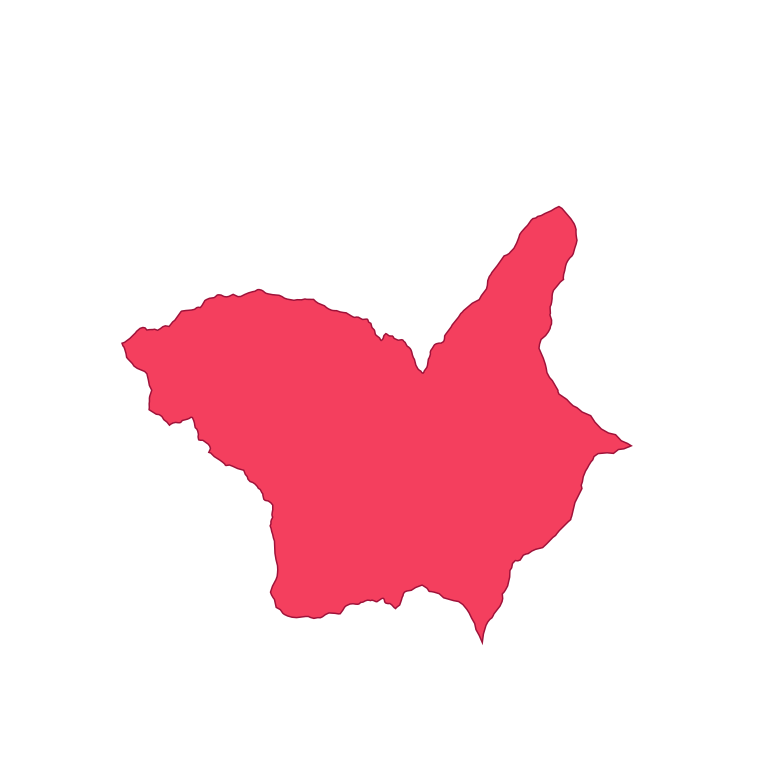 Lauri, Samdrup Jongkhar, Bhutan (Natural Earth projection), rotated 35°
{"feature_id": "84629894B60450500664281", "entity_name": "Lauri", "entity_type": "district", "adm_level": 2, "iso_a3": "BTN", "parent_name": "Bhutan", "parent_adm1": "Samdrup Jongkhar", "projection": "natural_earth1", "projection_center": [91.92, 27.142], "detail": "fine", "context": "isolated", "style": "filled", "palette": "rose", "viewbox_px": 768, "rotation_deg": 35, "n_neighbors": 0, "source": "geoboundaries", "source_scale": "gbopen_adm2", "svg_char_len": 6170}
<svg xmlns="http://www.w3.org/2000/svg" viewBox="0 0 768 768"><g transform="rotate(35 384 384)"><path d="M146.0,500.9L148.3,502.5L149.6,502.8L151.3,503.9L155.3,507.1L157.9,509.8L160.1,510.4L166.2,511.6L168.9,512.7L172.9,512.7L180.8,511.0L183.9,511.6L188.5,515.7L192.7,519.8L197.3,522.3L199.2,528.6L200.0,530.2L201.8,532.7L203.0,534.9L205.2,537.8L206.3,539.8L214.7,539.4L217.5,538.0L220.7,538.0L224.1,539.5L228.1,539.7L231.9,540.8L232.3,539.3L233.5,537.0L235.3,535.0L237.6,533.8L239.1,532.7L239.6,531.6L239.7,529.6L243.1,525.6L244.2,523.9L245.0,521.9L246.3,521.4L249.1,523.1L251.1,524.7L252.6,526.3L254.4,528.0L256.5,528.3L258.3,529.3L260.8,531.6L262.0,533.9L263.6,535.5L264.3,536.0L265.8,535.4L267.9,534.0L274.5,534.1L276.7,534.8L278.7,536.2L279.1,537.3L279.7,540.5L281.6,539.9L286.6,540.8L293.4,540.5L296.9,540.6L299.5,540.9L300.3,541.4L301.3,541.4L303.9,539.0L307.1,538.2L312.6,537.2L318.6,535.1L322.3,537.6L325.1,538.3L327.2,540.0L330.2,540.7L333.2,539.9L335.7,539.9L339.0,540.6L340.9,541.5L343.2,541.4L346.3,543.1L347.6,543.4L348.7,544.7L351.6,547.3L353.4,547.5L356.3,546.2L359.4,546.2L362.3,547.0L365.0,550.8L366.2,553.5L367.1,555.2L368.1,556.3L369.1,556.8L369.5,558.1L369.6,559.6L370.3,561.6L371.6,563.4L372.1,565.5L374.5,567.2L376.7,569.3L379.0,571.0L381.8,573.6L384.3,575.4L391.8,585.2L396.2,589.7L401.0,593.9L403.5,597.1L405.1,599.7L406.8,602.8L407.7,606.1L408.6,613.5L410.4,619.6L412.7,621.2L415.7,622.6L417.8,623.3L423.8,628.8L428.5,628.3L432.6,629.8L434.5,629.9L438.1,629.3L442.4,627.8L446.4,625.5L453.1,619.4L455.4,617.8L457.7,617.4L461.0,616.2L463.6,613.5L466.0,611.9L467.1,610.0L468.3,606.4L470.0,603.4L470.7,602.8L475.5,599.9L478.6,598.4L479.9,597.3L480.0,592.5L479.8,590.5L479.8,588.8L480.3,587.2L482.3,583.8L484.6,581.8L487.2,580.5L488.9,579.4L489.6,578.6L490.0,577.6L490.1,576.2L490.7,575.9L492.0,574.5L493.1,572.3L494.5,570.5L496.0,569.6L497.0,569.3L498.2,567.9L499.7,567.4L502.2,566.9L503.1,566.4L505.2,561.0L506.1,560.1L506.8,560.0L508.0,560.5L509.0,561.6L510.1,562.3L511.3,562.4L513.2,561.6L514.8,560.4L517.2,560.5L520.5,561.3L522.3,561.3L522.4,559.9L523.6,556.0L522.3,551.4L521.2,548.2L521.0,546.5L520.3,545.1L520.1,543.1L520.5,541.9L521.6,540.3L524.7,537.3L526.6,532.6L530.2,527.3L530.9,526.8L536.2,526.6L537.6,527.0L539.4,527.9L540.7,527.7L541.4,527.1L544.3,525.8L549.5,524.1L555.5,524.9L565.3,521.5L569.9,519.4L575.1,519.4L581.2,521.1L585.1,522.7L590.0,525.5L595.7,528.2L600.2,532.4L606.3,535.4L612.8,539.4L608.8,531.7L606.0,523.3L605.5,519.4L605.7,516.1L606.5,513.7L606.3,511.2L605.9,509.2L606.4,499.4L605.5,494.5L604.3,491.7L601.3,488.1L601.7,485.4L601.6,482.7L601.1,478.5L597.7,470.1L594.1,464.5L594.0,461.3L592.2,457.3L592.8,453.3L594.6,452.4L595.3,451.8L596.0,450.7L596.5,450.2L596.3,444.3L597.8,441.9L599.4,440.2L601.0,435.9L603.0,432.5L607.8,427.0L608.9,421.8L610.3,412.9L611.4,409.6L611.4,407.2L611.7,403.4L613.9,391.2L614.7,388.0L614.2,386.9L613.5,384.4L608.4,371.6L606.1,356.1L603.6,353.8L602.6,350.3L600.4,345.7L599.0,339.7L598.8,336.1L598.4,332.9L598.2,329.1L598.5,326.3L597.6,323.0L599.3,318.2L606.2,312.4L611.8,309.2L613.6,303.2L617.7,299.5L622.0,292.8L618.0,293.0L610.9,294.4L602.8,292.7L596.0,295.4L587.8,296.2L578.7,294.3L571.5,291.4L562.4,293.3L555.6,292.7L551.4,293.4L547.2,292.8L542.6,291.8L533.1,291.9L531.0,290.6L530.1,289.4L520.0,284.7L515.8,283.7L510.9,281.2L508.1,278.3L504.9,275.4L499.8,271.6L490.5,265.9L488.6,262.2L487.1,257.4L488.6,251.6L488.7,246.9L488.2,243.2L487.2,241.1L486.8,238.8L484.6,235.5L480.2,232.2L479.8,230.7L476.7,226.8L475.7,225.3L475.4,223.3L474.5,221.1L472.8,217.8L471.3,215.6L470.0,213.1L469.1,210.0L469.7,203.0L469.9,199.5L470.6,196.8L471.1,195.4L470.0,194.3L468.3,191.2L467.0,187.5L465.1,183.3L464.2,180.5L463.8,177.4L463.9,174.0L464.5,171.3L464.3,168.8L462.4,163.5L461.0,158.8L459.6,155.5L458.3,154.3L455.8,151.6L454.0,149.3L452.7,147.3L450.0,145.1L447.8,143.7L442.3,141.5L429.1,138.1L425.5,138.3L423.4,142.0L421.6,146.2L418.0,152.1L416.2,155.8L413.8,158.6L413.1,161.0L411.1,163.1L410.6,165.4L410.6,171.6L410.0,175.3L409.4,180.5L409.4,183.6L410.4,186.6L411.8,192.3L412.6,198.3L411.8,203.8L411.7,205.2L410.6,207.8L408.9,210.2L408.9,221.9L408.4,230.8L408.7,233.1L408.6,235.5L409.7,239.8L412.1,243.9L413.4,247.3L413.1,255.7L413.6,260.3L410.0,267.2L407.1,278.3L407.0,280.0L406.5,282.3L406.7,286.5L406.0,296.3L406.3,299.0L406.0,308.2L406.1,309.8L407.4,311.9L408.3,313.9L408.3,315.5L407.3,317.8L405.7,318.9L403.7,321.1L402.9,322.9L402.9,324.1L403.1,327.0L403.1,329.6L403.6,331.3L404.9,332.9L405.6,335.0L406.0,336.6L406.1,338.2L408.9,343.7L409.6,345.9L409.5,350.1L409.9,351.7L409.7,352.8L408.5,353.0L406.6,352.3L405.5,352.5L403.2,352.2L399.3,350.3L394.8,346.4L393.0,345.6L390.7,344.0L388.5,342.0L386.9,340.8L385.2,340.0L382.9,339.6L381.6,339.8L380.3,339.3L377.4,337.8L375.8,337.7L374.3,337.2L373.2,337.5L370.5,340.0L366.5,340.8L365.7,340.7L364.3,340.0L363.3,339.9L361.1,341.4L360.2,341.6L357.5,341.5L356.6,341.7L356.2,344.1L356.3,344.9L357.0,346.6L357.2,348.0L357.1,349.0L356.7,350.0L356.0,349.9L353.9,348.8L349.7,348.6L348.6,348.3L347.9,347.8L345.8,345.8L345.0,345.3L342.0,344.7L341.3,344.3L338.5,341.9L335.9,342.1L334.1,340.8L333.3,340.5L332.4,340.9L329.6,343.3L328.6,343.6L324.7,344.0L323.0,345.0L321.9,346.2L320.8,346.7L318.4,347.0L312.2,347.4L309.8,348.7L306.8,350.1L303.2,351.1L300.9,352.6L298.9,353.6L295.6,354.3L293.1,354.4L290.4,354.1L283.7,355.6L280.7,355.6L277.8,355.1L272.1,359.0L270.5,359.7L268.1,362.4L264.6,364.7L262.2,367.1L256.0,370.0L253.3,370.8L250.2,370.9L247.2,371.5L241.6,374.7L237.7,376.5L235.2,377.4L233.5,377.4L231.9,377.2L229.8,377.4L227.5,378.3L226.3,379.3L225.1,382.0L223.4,383.8L220.8,387.0L218.7,390.3L216.5,394.4L214.3,396.2L209.0,397.1L206.7,401.2L205.1,402.9L202.8,404.1L199.5,404.6L197.5,405.7L196.4,406.7L195.7,409.7L195.2,410.8L191.8,414.0L190.1,416.8L189.4,418.4L189.9,424.1L189.7,426.7L187.8,427.7L186.8,428.9L186.0,431.5L183.8,433.9L179.5,437.5L176.5,440.3L176.2,441.3L176.1,451.7L175.3,454.4L175.0,460.1L171.5,461.8L170.0,463.9L169.0,467.1L167.7,469.9L164.7,470.7L163.4,472.0L160.8,473.9L158.8,475.8L156.1,475.1L154.1,476.0L152.3,478.3L151.1,482.8L151.1,484.6L149.7,492.4L147.6,498.7L146.0,500.9Z" fill="#f43f5e" stroke="#9f1239" stroke-width="1.5"/></g></svg>